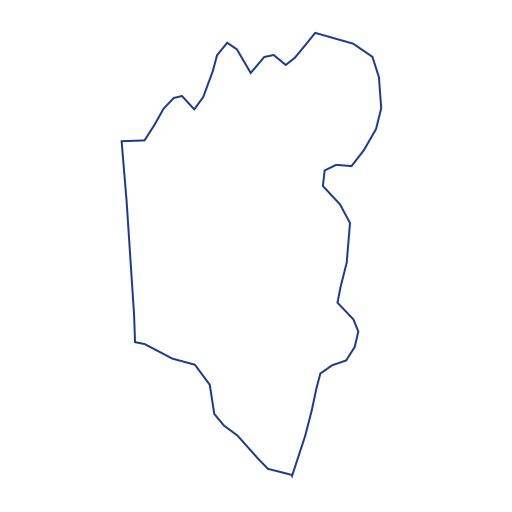 the district of Vara, Västra Götaland, Sweden, rotated 88°
{"feature_id": "70781695B49993264725167", "entity_name": "Vara", "entity_type": "district", "adm_level": 2, "iso_a3": "SWE", "parent_name": "Sweden", "parent_adm1": "Västra Götaland", "projection": "robinson", "projection_center": [13.084, 58.267], "detail": "fine", "context": "isolated", "style": "outline", "palette": "blue", "viewbox_px": 512, "rotation_deg": 88, "n_neighbors": 0, "source": "geoboundaries", "source_scale": "gbopen_adm2", "svg_char_len": 866}
<svg xmlns="http://www.w3.org/2000/svg" viewBox="0 0 512 512"><g transform="rotate(88 256 256)"><path d="M476.9,227.6L437.4,213.1L412.0,205.6L391.1,200.4L375.7,195.8L367.9,183.8L363.5,169.5L350.3,160.5L335.0,156.4L322.7,160.9L305.5,176.2L290.0,172.6L265.9,165.6L226.3,160.9L207.3,170.3L188.4,186.7L172.9,184.4L167.7,172.6L169.5,157.4L154.0,144.5L133.3,131.6L112.7,125.7L81.7,126.9L75.2,128.7L61.0,132.7L47.2,151.5L35.1,189.1L47.2,199.6L59.2,210.2L66.1,219.6L55.7,231.4L56.3,234.3L57.4,240.8L72.9,254.9L48.8,267.9L41.9,277.3L53.9,287.9L69.4,292.6L95.3,303.2L107.3,312.6L93.5,324.4L95.2,332.7L105.6,343.3L121.1,352.7L136.6,363.4L136.6,386.3L196.9,383.4L310.8,379.9L337.9,379.9L340.1,370.4L355.6,343.3L362.5,320.9L383.1,306.7L412.4,303.2L424.5,293.8L434.8,280.8L458.9,260.8L469.2,251.4L476.0,227.9L476.9,227.6Z" fill="none" stroke="#1e3a8a" stroke-width="2"/></g></svg>